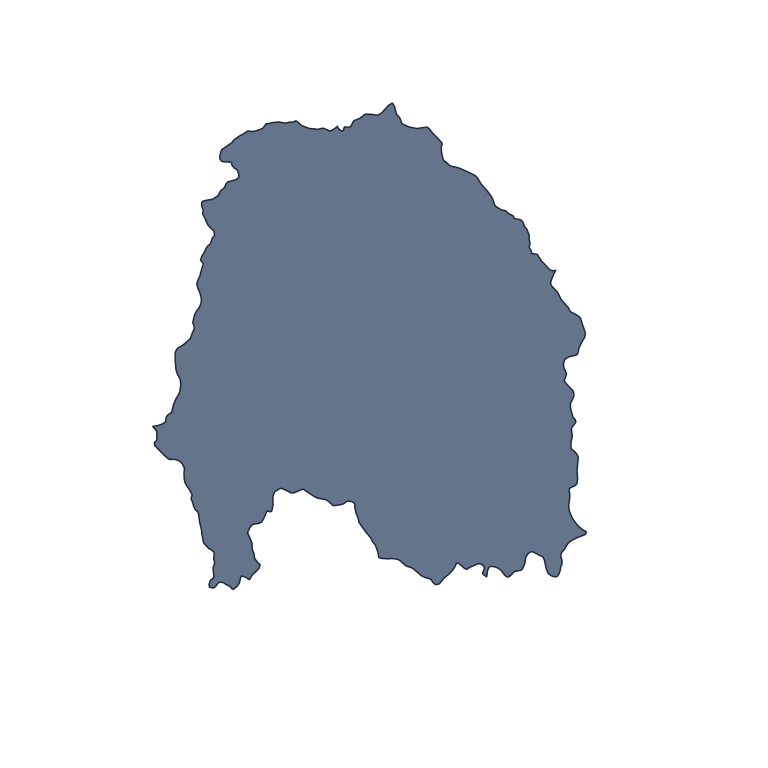 the district of Ngan Son, Bắc Kạn, Vietnam, rotated 115°
{"feature_id": "81297802B68784640933993", "entity_name": "Ngan Son", "entity_type": "district", "adm_level": 2, "iso_a3": "VNM", "parent_name": "Vietnam", "parent_adm1": "Bắc Kạn", "projection": "orthographic", "projection_center": [106.019, 22.43], "detail": "fine", "context": "isolated", "style": "filled", "palette": "slate", "viewbox_px": 768, "rotation_deg": 115, "n_neighbors": 0, "source": "geoboundaries", "source_scale": "gbopen_adm2", "svg_char_len": 6171}
<svg xmlns="http://www.w3.org/2000/svg" viewBox="0 0 768 768"><g transform="rotate(115 384 384)"><path d="M182.7,575.1L185.2,577.1L186.7,580.5L189.4,583.7L190.9,589.9L193.9,595.1L197.1,599.1L197.9,600.7L203.4,601.9L205.8,604.0L208.8,607.2L211.1,610.5L211.7,613.2L212.8,614.8L217.0,617.3L220.2,619.8L226.6,623.3L229.2,623.7L240.4,630.2L245.4,629.5L247.3,629.0L249.3,627.9L250.7,625.6L250.6,623.8L247.7,616.8L248.4,615.4L250.4,613.8L251.5,611.1L252.0,607.5L252.5,606.9L254.7,604.8L257.0,603.1L259.0,603.3L261.4,604.6L266.8,610.9L269.3,611.7L273.3,611.6L275.2,612.3L277.5,613.7L283.4,614.0L286.9,616.1L289.4,617.9L290.7,620.0L293.3,623.6L295.1,625.6L296.5,625.9L297.8,625.5L300.0,624.2L302.9,621.4L306.6,620.1L309.9,615.7L311.6,614.2L314.6,610.3L316.2,606.2L317.3,602.6L319.4,601.5L320.9,600.3L324.1,601.3L330.2,600.6L333.8,602.2L336.3,602.6L339.6,602.4L345.5,603.1L349.3,602.6L351.4,598.5L361.0,597.2L362.8,596.6L368.7,596.5L372.4,596.0L375.3,593.7L379.0,589.6L383.3,585.9L385.9,584.7L389.0,583.8L391.4,583.8L394.4,584.1L398.9,585.0L402.3,584.8L409.1,583.3L412.1,580.5L413.7,579.3L418.6,579.3L424.5,578.7L431.0,581.4L435.1,583.5L438.0,585.8L440.3,586.6L444.1,586.5L448.0,584.5L450.8,583.3L459.2,578.4L461.9,575.9L466.1,570.5L470.7,567.8L477.4,565.8L481.6,565.8L484.4,566.2L491.4,566.1L498.9,564.6L500.1,564.9L503.2,566.7L505.3,567.4L507.8,566.9L510.7,566.0L513.9,568.0L517.3,571.4L520.1,575.5L523.1,569.7L526.2,568.5L530.2,566.4L532.3,566.5L534.2,567.4L536.6,565.9L541.3,553.6L543.0,548.2L543.1,546.7L540.6,541.4L540.3,538.4L540.5,536.3L541.4,533.4L544.7,529.2L549.0,527.7L553.7,525.4L557.1,523.1L559.2,520.4L561.4,516.7L565.3,511.1L567.9,510.7L569.7,510.2L572.5,507.0L575.3,504.9L578.0,501.2L578.4,498.8L581.0,496.6L586.9,492.9L593.0,488.0L597.0,485.7L604.2,480.3L605.8,476.8L607.1,473.4L607.4,470.3L608.2,467.2L609.2,466.3L614.7,464.3L616.9,462.3L619.2,461.6L622.7,461.3L625.9,459.6L628.4,457.9L631.0,456.7L633.0,457.0L634.8,458.3L636.2,458.3L639.5,457.9L642.0,456.2L641.0,452.3L638.3,450.9L634.6,450.3L632.8,448.9L631.9,445.7L632.6,441.0L632.5,438.5L633.9,434.9L633.9,434.0L632.6,433.1L629.2,431.5L625.6,430.9L621.2,431.9L618.6,432.1L617.9,430.8L617.6,427.6L618.3,424.0L617.9,423.2L612.7,422.7L606.3,420.1L603.4,419.4L600.9,419.7L599.9,420.2L599.2,422.9L596.7,427.6L592.7,430.1L589.6,433.6L584.2,436.2L580.2,440.4L576.7,444.6L574.5,445.0L569.9,444.7L566.9,443.8L565.7,442.3L563.3,438.6L561.0,436.6L555.5,436.1L549.2,436.4L548.2,436.0L548.0,433.4L547.1,432.2L545.9,432.2L543.7,432.6L540.0,433.7L533.3,437.0L528.8,437.6L527.3,437.2L524.6,435.5L522.2,433.5L521.8,432.0L521.8,424.1L522.1,422.7L521.7,421.4L520.8,419.8L517.4,416.6L514.1,413.8L513.5,412.5L515.3,400.5L515.5,398.9L515.5,395.7L513.7,389.0L513.4,386.9L514.1,383.7L515.5,379.5L515.4,377.8L511.6,372.2L509.6,369.9L506.0,368.1L505.0,366.0L504.2,363.8L504.2,362.3L504.4,360.8L505.5,359.5L508.1,358.4L512.9,354.7L517.3,350.1L520.0,348.2L525.9,337.8L529.3,330.5L531.5,328.1L533.6,323.8L539.4,318.0L543.0,315.8L543.4,315.2L543.3,313.0L540.6,306.1L539.0,303.5L537.4,298.6L537.1,296.7L537.4,294.2L539.5,287.6L539.4,285.1L538.9,281.8L539.1,279.0L542.0,269.0L541.9,264.7L541.4,260.7L541.3,258.7L543.1,256.0L544.1,252.6L543.2,251.1L542.0,249.7L540.8,249.1L535.2,247.8L528.6,244.7L523.7,243.1L519.8,242.5L516.0,242.5L515.2,241.8L515.1,240.0L517.0,233.5L517.2,231.5L516.8,230.5L514.0,228.8L508.9,224.4L506.6,222.1L506.2,219.2L506.9,216.4L508.4,215.3L510.5,214.9L514.0,214.7L514.5,213.7L515.4,209.9L515.0,209.6L513.6,209.9L509.7,211.3L506.8,211.4L505.2,211.1L504.1,210.2L502.8,206.0L502.7,202.7L503.4,199.2L506.1,194.2L506.9,191.4L506.4,189.7L503.3,188.0L500.0,187.0L498.6,186.3L494.8,181.0L493.4,180.4L491.6,180.3L487.2,180.5L480.9,182.3L476.4,181.6L474.6,180.4L473.7,179.4L473.2,177.7L473.2,175.2L473.6,171.0L473.5,167.4L473.9,166.5L476.1,164.0L483.2,158.6L486.4,155.0L487.0,152.2L487.0,149.8L486.3,147.1L485.1,145.7L482.7,145.2L480.4,145.3L478.0,145.6L474.6,146.7L472.9,146.4L469.5,147.6L465.8,150.5L464.0,151.6L461.4,151.7L457.6,150.6L453.2,150.3L449.9,149.6L446.0,147.5L440.5,143.0L435.4,138.0L433.3,137.8L432.6,138.2L432.2,139.7L432.2,142.7L430.0,149.4L427.0,155.2L424.0,159.0L419.9,163.1L415.5,165.5L409.7,167.2L405.7,168.9L401.9,171.4L400.2,171.8L394.8,167.5L392.2,167.1L387.7,168.6L383.9,170.9L380.0,172.8L368.9,176.7L367.5,177.7L365.8,180.1L364.6,182.8L363.7,186.8L362.7,187.6L358.0,189.8L351.5,191.3L345.8,195.1L343.5,195.3L339.5,194.3L337.3,194.1L335.5,195.6L334.3,198.6L329.2,203.0L326.1,205.3L324.0,206.3L322.3,206.9L318.6,206.7L314.6,206.8L311.9,208.3L310.2,209.9L308.2,215.3L305.9,220.6L304.5,222.0L297.5,222.9L292.9,228.2L289.2,230.1L285.9,230.4L283.9,229.9L280.2,226.9L276.8,222.2L275.0,221.2L272.7,221.5L269.8,222.4L262.4,222.5L257.0,221.8L253.3,222.7L250.4,225.0L246.5,229.0L241.6,233.4L240.5,235.7L239.9,240.0L239.7,244.9L239.3,246.3L237.2,248.8L236.0,251.3L232.6,259.2L229.1,263.4L227.3,265.9L224.3,273.5L222.7,275.4L219.5,276.3L212.3,276.6L208.6,276.5L209.6,278.1L210.2,279.7L210.5,281.8L205.8,293.5L201.9,299.6L201.9,300.7L202.8,303.4L203.0,305.3L200.9,307.2L199.6,309.1L197.9,310.6L195.7,310.8L194.0,311.7L191.0,314.0L188.3,315.1L187.0,315.8L185.7,317.5L183.3,320.0L182.1,322.8L178.6,326.6L177.6,328.7L177.6,330.6L178.9,335.1L178.5,336.2L177.0,338.3L176.8,343.9L175.5,346.9L176.6,351.2L175.8,357.6L174.8,359.6L170.7,363.4L168.6,366.1L165.4,371.9L163.5,376.6L161.5,380.8L157.9,386.0L156.6,389.1L156.4,392.7L156.5,405.8L156.7,408.2L157.4,412.0L158.1,414.5L158.1,417.3L156.5,422.3L156.3,424.0L154.5,426.2L149.2,430.1L145.1,432.2L141.6,432.8L140.7,434.1L139.0,438.1L135.9,446.3L133.6,450.7L132.9,453.3L133.3,454.2L138.6,462.2L140.5,470.1L140.6,476.8L140.0,478.4L136.9,481.2L135.7,483.1L134.2,486.7L128.3,491.5L126.0,494.8L126.1,495.4L129.5,497.6L139.7,500.8L143.4,503.8L144.7,508.7L146.6,513.4L147.6,515.3L153.1,517.9L158.2,522.6L160.6,522.9L163.4,522.8L165.1,523.4L166.4,524.6L167.7,528.4L169.0,528.5L170.8,528.0L172.2,528.5L172.5,529.1L172.4,531.1L171.6,533.5L170.2,535.1L173.4,536.7L177.0,539.1L177.4,539.9L177.7,541.1L177.7,545.9L177.9,547.2L178.9,548.9L181.0,551.2L183.9,559.4L184.3,563.3L184.5,567.6L184.2,569.4L183.0,573.1L182.7,575.1Z" fill="#64748b" stroke="#1e293b" stroke-width="1.5"/></g></svg>